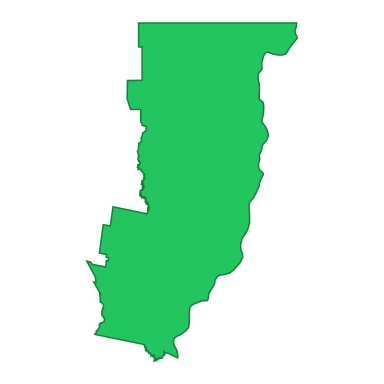 General Obligado, Santa Fe, Argentina
{"feature_id": "61730980B672443386534", "entity_name": "General Obligado", "entity_type": "district", "adm_level": 2, "iso_a3": "ARG", "parent_name": "Argentina", "parent_adm1": "Santa Fe", "projection": "equal_earth", "projection_center": [-59.736, -28.744], "detail": "fine", "context": "isolated", "style": "filled", "palette": "green", "viewbox_px": 384, "rotation_deg": 0, "n_neighbors": 0, "source": "geoboundaries", "source_scale": "gbopen_adm2", "svg_char_len": 6055}
<svg xmlns="http://www.w3.org/2000/svg" viewBox="0 0 384 384"><path d="M138.6,23.0L138.6,47.0L142.1,47.0L142.1,80.3L127.5,80.5L127.1,98.7L130.5,109.4L140.8,109.5L140.7,121.9L142.3,124.1L142.0,125.3L143.6,125.6L143.8,125.9L144.2,126.0L144.6,125.6L145.5,126.5L146.1,126.3L146.4,126.9L146.2,128.2L146.3,129.3L145.6,130.6L145.6,131.0L142.9,132.8L142.4,133.9L142.4,135.3L141.0,138.2L141.6,139.9L141.4,141.1L140.6,142.4L138.9,142.9L138.6,143.3L138.7,144.5L138.9,144.8L138.6,145.5L138.8,146.6L138.5,147.3L138.5,148.8L137.8,150.8L137.4,151.3L138.1,153.9L138.8,155.3L138.6,155.5L138.6,155.9L138.4,155.9L138.2,156.3L138.5,156.7L138.1,158.0L138.1,158.8L138.7,159.4L138.3,159.9L138.8,160.1L138.8,160.7L139.1,160.8L138.9,161.4L139.6,161.4L139.6,161.9L140.1,162.2L139.8,163.0L140.3,163.5L139.2,164.7L138.3,164.5L138.1,165.0L137.8,164.9L137.6,165.3L138.0,165.6L137.7,166.3L137.9,166.5L138.2,165.9L138.4,166.0L138.2,166.6L138.5,167.0L138.1,167.3L138.4,167.3L138.4,167.8L138.7,167.5L138.8,167.7L138.3,168.9L139.3,168.8L139.4,169.0L139.0,169.4L140.0,169.3L141.2,169.6L141.0,170.6L141.4,170.8L141.8,171.4L142.3,171.3L142.5,171.6L143.0,172.9L143.4,173.3L143.3,173.9L143.8,174.1L144.5,173.9L144.5,174.4L144.1,174.6L144.1,175.4L143.4,175.2L144.5,176.1L144.3,176.7L143.7,177.2L145.1,177.7L144.6,178.2L144.3,177.9L143.6,178.8L144.0,179.7L143.7,179.9L143.7,180.3L142.8,180.4L142.6,180.7L142.3,180.6L142.4,181.2L143.0,181.3L143.0,181.7L142.4,181.3L141.7,181.9L142.1,182.6L142.9,182.5L143.0,182.7L142.6,183.0L141.8,182.7L141.7,183.3L142.2,183.9L141.4,184.3L141.7,184.6L142.4,184.2L142.4,184.9L142.9,184.4L143.0,184.7L142.6,185.4L142.9,185.9L143.2,185.4L143.2,184.8L143.5,184.9L143.7,185.1L143.6,185.5L143.1,186.3L143.7,186.5L144.0,186.1L144.1,186.3L143.8,186.9L143.0,187.1L143.0,187.9L142.6,187.8L142.9,188.5L143.6,188.3L143.3,189.1L142.4,189.5L142.4,189.9L141.6,189.8L141.5,190.1L141.8,190.4L140.5,190.4L140.3,190.8L140.5,191.4L140.1,191.8L140.5,191.9L140.8,192.5L140.3,193.3L140.0,193.2L139.9,193.6L140.8,193.9L140.3,194.6L140.9,194.8L140.5,195.2L139.9,195.0L139.7,195.5L140.0,195.9L141.1,195.5L141.2,195.9L141.8,195.9L141.8,196.4L141.3,197.1L141.3,197.5L142.1,197.6L142.0,196.9L142.8,197.6L142.9,197.2L142.5,196.8L142.8,196.6L142.9,196.9L143.9,196.9L143.7,197.3L143.9,197.5L144.6,197.5L144.1,197.8L144.1,198.2L145.0,198.0L144.9,198.6L145.5,198.8L145.3,199.5L145.9,199.7L145.6,200.5L146.0,200.6L146.0,200.9L145.7,201.3L145.3,201.4L145.6,201.8L145.4,202.2L145.7,202.6L146.4,202.5L146.3,202.9L146.6,202.8L146.5,203.4L147.1,203.0L147.0,203.6L147.4,203.4L147.8,203.7L147.8,203.2L148.0,202.9L148.3,203.5L147.9,204.8L148.4,205.1L148.0,205.5L148.6,206.0L148.4,206.8L148.7,206.8L148.5,207.3L147.9,207.5L147.9,208.2L149.0,208.0L148.5,209.4L147.6,209.6L147.5,210.1L147.9,210.5L147.7,211.3L148.0,210.8L148.4,211.0L147.4,213.1L146.9,213.1L146.9,213.8L113.0,206.8L110.3,225.9L103.2,224.7L99.4,253.1L106.6,254.5L106.4,257.4L108.6,257.9L108.2,260.9L106.4,260.6L105.7,267.0L92.1,264.3L90.6,262.0L86.8,261.2L95.3,276.8L96.1,282.5L93.7,282.0L100.5,293.9L99.8,293.8L100.4,302.3L101.3,302.4L103.1,304.1L103.6,305.5L103.3,307.4L103.0,307.5L103.0,308.0L102.5,308.9L102.4,310.3L101.9,310.8L101.8,312.2L102.0,313.3L101.8,313.7L102.1,315.7L102.8,315.9L103.0,316.7L103.6,317.5L104.0,317.5L104.0,318.2L104.8,319.0L104.5,319.4L104.1,321.4L102.6,322.6L100.9,322.8L99.2,324.4L99.7,326.7L97.3,330.3L96.1,331.3L96.3,332.7L95.6,333.8L94.9,333.9L94.9,334.4L144.1,344.5L144.0,344.8L144.5,345.4L144.4,346.2L144.6,346.4L144.9,346.1L145.1,346.4L144.9,347.3L145.3,348.4L145.6,348.6L145.9,348.3L145.8,349.1L146.3,349.1L146.1,349.6L145.6,349.4L145.5,349.9L146.1,350.4L145.9,350.7L146.3,350.8L146.7,350.4L147.0,351.1L147.3,350.9L148.3,351.4L148.1,352.3L148.8,352.8L148.7,353.2L148.9,353.5L149.9,353.0L150.6,353.6L150.6,353.9L150.1,353.8L151.1,354.8L151.0,355.6L151.5,355.5L151.4,355.9L152.3,355.5L152.4,356.1L152.7,355.7L152.9,356.0L153.1,355.5L153.1,355.9L153.3,355.9L153.1,355.0L153.9,354.8L154.2,355.8L154.5,356.1L154.1,356.4L154.3,357.0L154.5,357.3L154.8,356.8L154.9,357.1L154.3,358.0L154.7,359.4L154.4,359.6L154.4,360.5L154.1,361.0L154.7,360.9L154.9,360.4L155.4,360.2L155.8,360.6L156.4,360.6L156.5,360.1L156.1,359.6L156.3,359.5L156.3,358.7L156.7,358.8L156.6,359.5L157.3,359.6L157.3,359.2L157.8,359.0L157.7,358.8L158.2,358.3L158.6,358.8L158.7,358.0L159.2,358.0L159.4,357.5L160.0,357.7L160.2,358.2L160.7,357.9L161.2,358.4L161.9,358.0L162.2,357.2L162.4,357.6L162.8,357.0L162.9,356.1L162.8,355.7L163.2,355.3L164.3,355.2L164.2,354.7L164.6,354.8L164.9,354.6L164.5,353.7L164.6,353.0L164.1,353.2L163.9,353.0L164.0,351.6L165.2,352.7L166.4,353.0L167.1,352.8L177.7,357.8L177.8,354.6L177.5,353.7L177.4,352.4L176.6,349.7L174.4,345.9L173.5,343.1L173.7,339.9L174.5,338.2L175.5,337.1L181.0,334.4L185.9,330.7L188.0,328.2L188.7,327.0L189.4,322.3L189.4,313.4L189.6,308.8L189.9,307.3L191.3,305.7L193.1,304.4L201.2,301.1L202.7,300.7L207.1,300.7L208.0,299.6L208.9,293.7L210.0,291.6L214.5,284.2L214.8,281.8L215.5,279.5L217.5,276.4L219.9,275.1L225.0,274.5L229.6,273.1L232.6,270.8L234.1,269.5L240.3,262.4L242.5,257.6L242.7,256.2L242.4,253.3L240.9,250.1L240.6,245.4L240.8,243.5L242.1,238.9L243.3,236.4L245.3,234.0L247.6,229.8L249.6,222.7L249.6,214.8L249.0,206.7L249.2,203.9L250.1,201.7L253.5,197.8L256.5,192.2L256.9,190.9L259.2,186.0L259.7,182.6L260.6,179.9L263.2,175.0L263.3,174.0L262.7,172.6L261.1,171.1L260.2,170.6L258.7,167.4L258.5,165.8L258.6,163.0L259.6,160.0L259.8,158.8L259.4,155.9L259.6,154.3L260.6,152.5L261.6,150.1L261.8,147.9L262.3,145.9L263.4,144.0L265.0,142.4L266.8,139.9L267.4,138.8L268.4,135.5L268.1,133.5L267.2,130.4L266.4,128.5L264.9,125.8L262.1,122.4L261.9,120.8L262.2,118.8L263.5,114.0L263.8,106.4L263.3,103.3L263.0,102.2L259.7,99.4L259.1,98.0L259.5,90.5L259.4,86.4L259.3,84.6L258.1,79.0L258.1,75.5L258.4,73.9L258.9,72.8L261.5,69.9L262.1,68.6L261.6,64.5L261.9,62.3L263.2,57.4L264.5,54.2L266.2,52.4L267.8,52.1L273.2,54.2L279.5,55.1L283.1,54.9L286.2,53.6L289.4,48.2L294.0,42.0L297.2,38.4L296.8,36.0L295.3,33.6L295.0,31.2L295.5,29.0L296.3,26.8L296.7,23.0L138.6,23.0Z" fill="#22c55e" stroke="#15803d" stroke-width="1.5"/></svg>